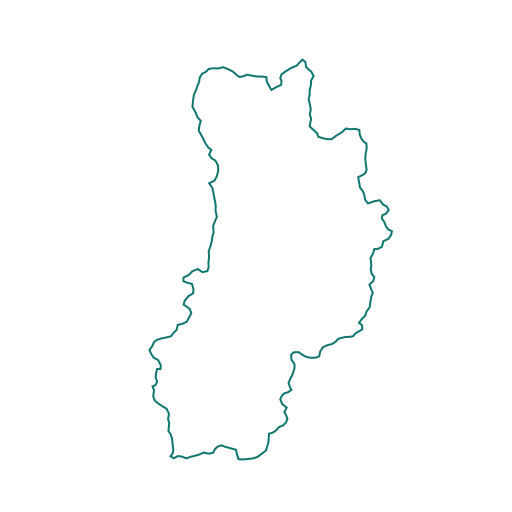 Abre Campo, Minas Gerais, Brazil (orthographic projection), rotated 163°
{"feature_id": "56859067B55300452667889", "entity_name": "Abre Campo", "entity_type": "district", "adm_level": 2, "iso_a3": "BRA", "parent_name": "Brazil", "parent_adm1": "Minas Gerais", "projection": "orthographic", "projection_center": [-42.441, -20.281], "detail": "fine", "context": "isolated", "style": "outline", "palette": "teal", "viewbox_px": 512, "rotation_deg": 163, "n_neighbors": 0, "source": "geoboundaries", "source_scale": "gbopen_adm2", "svg_char_len": 3556}
<svg xmlns="http://www.w3.org/2000/svg" viewBox="0 0 512 512"><g transform="rotate(163 256 256)"><path d="M396.3,89.4L393.8,86.7L389.1,87.5L385.4,85.8L381.8,82.8L376.8,83.1L373.0,82.8L368.7,82.7L363.4,83.3L359.3,80.9L354.4,80.4L351.6,83.4L348.1,85.0L344.2,85.0L341.5,82.7L337.2,80.0L331.8,76.6L332.2,70.9L332.2,66.8L328.8,65.5L324.5,64.5L320.7,63.8L317.4,63.3L313.3,63.4L308.4,65.2L303.5,67.0L301.1,70.4L298.6,74.2L297.1,78.0L295.5,82.2L291.6,82.2L287.9,83.3L284.0,85.7L279.5,86.1L276.1,88.0L273.5,91.1L273.8,94.6L274.5,98.5L271.0,102.0L274.2,106.8L274.7,111.9L272.2,114.7L269.2,116.3L265.0,116.4L261.3,117.6L261.9,121.0L262.0,125.0L259.4,128.2L256.9,130.8L254.3,133.9L251.9,137.6L250.8,141.5L252.4,146.4L251.4,151.0L248.3,152.9L243.5,151.7L240.0,147.3L236.9,144.4L232.7,142.4L228.3,141.3L224.9,141.6L222.4,146.0L218.8,149.2L214.3,149.8L209.0,149.6L204.9,150.8L201.5,152.7L197.5,152.7L193.7,152.3L190.0,151.3L186.6,150.9L183.6,152.9L179.8,153.8L175.9,154.7L174.8,158.6L177.0,162.0L173.2,164.8L169.0,167.1L166.4,170.7L162.3,173.7L159.7,179.4L157.4,183.8L155.1,186.4L155.6,190.6L155.8,195.6L151.1,197.8L149.0,201.3L150.6,205.2L150.2,209.6L148.4,213.5L147.1,220.6L143.2,224.3L140.9,228.0L137.3,227.2L132.9,228.0L129.9,232.9L124.4,233.7L120.6,236.7L118.8,239.9L121.6,242.7L123.0,246.0L123.4,250.9L124.7,255.3L123.0,258.2L119.6,258.3L115.7,261.1L116.4,265.1L119.6,268.2L121.2,273.1L126.9,273.8L133.5,273.5L135.2,277.8L134.7,282.0L134.7,286.2L136.5,291.0L135.8,296.8L135.3,301.4L130.5,302.3L127.3,303.2L125.0,306.1L124.2,311.4L122.9,317.7L121.2,321.8L118.8,326.4L117.5,331.3L119.8,334.2L120.9,337.6L121.3,341.6L120.4,346.2L123.8,348.6L128.2,349.5L132.8,351.6L138.0,349.1L144.2,347.6L149.5,345.6L153.6,346.8L157.7,349.1L161.5,351.8L161.8,355.8L164.3,360.0L166.8,364.2L165.1,367.6L163.1,371.1L163.2,375.6L160.8,380.0L160.2,384.8L159.8,390.6L157.5,394.4L156.5,398.2L153.7,403.1L152.0,407.7L148.3,411.3L149.2,416.0L151.2,419.1L152.9,422.1L152.0,427.1L154.2,430.2L158.0,428.2L161.5,426.1L167.3,425.6L173.3,424.0L178.4,422.3L180.7,419.3L180.5,415.7L181.9,412.3L185.8,411.8L189.3,411.1L192.8,410.3L193.8,415.3L194.7,419.5L193.8,424.0L197.9,425.9L202.5,427.3L207.0,429.5L211.5,432.0L215.7,431.6L219.4,432.0L221.5,434.6L224.2,439.1L228.2,443.0L232.3,446.2L237.4,446.4L242.6,448.2L246.6,448.7L250.0,446.8L254.3,446.0L257.5,443.3L259.6,439.0L262.7,435.2L264.9,432.1L268.1,428.6L271.0,422.5L273.2,417.1L271.8,411.1L271.4,405.8L269.3,401.4L272.2,396.9L274.1,392.7L272.9,387.1L272.0,382.3L271.2,377.5L269.7,373.4L267.7,370.5L271.3,366.5L269.9,362.5L266.9,359.0L265.9,353.8L267.0,348.9L270.1,343.8L273.8,340.1L279.5,339.3L277.8,333.7L278.4,327.9L279.1,321.5L279.7,316.3L281.4,311.2L282.0,304.9L285.3,300.9L288.2,297.4L288.9,294.0L289.8,290.5L292.1,287.3L293.9,283.1L296.9,278.4L299.9,274.2L301.2,268.6L303.5,263.4L304.6,259.0L306.9,255.8L311.9,256.2L315.6,260.6L321.3,260.0L325.9,257.5L331.6,256.6L332.8,253.1L329.8,250.7L325.4,248.0L325.5,242.7L327.0,238.7L332.2,237.4L337.3,234.1L339.5,230.6L336.9,227.7L334.7,224.3L334.6,220.2L337.7,217.0L341.6,213.3L346.4,212.7L351.0,213.0L353.5,208.6L357.6,206.4L360.7,204.1L365.3,204.3L370.2,204.8L375.0,204.8L378.8,203.4L381.6,200.1L385.4,197.2L384.8,192.9L383.6,188.7L380.0,185.1L379.0,179.4L380.4,175.8L383.6,176.8L385.6,173.5L387.5,169.4L387.3,164.8L389.7,162.0L393.0,161.6L392.8,157.3L395.3,152.0L395.0,147.1L392.3,143.2L389.5,139.7L386.2,136.2L385.4,130.5L387.8,125.6L387.7,122.0L389.2,118.4L390.9,114.3L389.7,110.1L389.7,105.5L390.9,99.9L391.5,95.7L393.1,91.9L396.3,89.4Z" fill="none" stroke="#0f766e" stroke-width="2"/></g></svg>